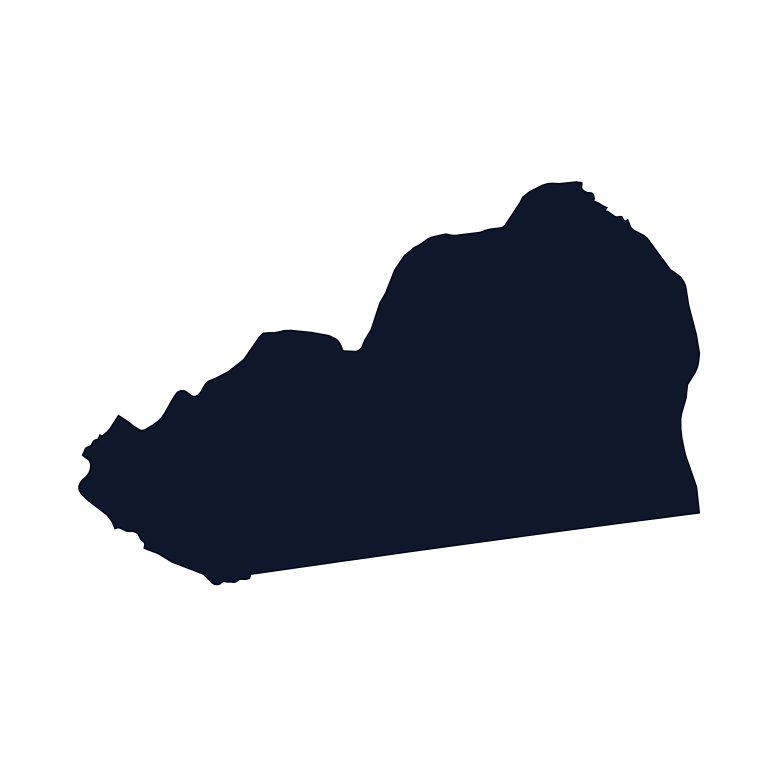 Cunene, orthographic projection, rotated 352°
{"feature_id": "AGO-1889", "entity_name": "Cunene", "entity_type": "Province", "adm_level": 1, "iso_a3": "AGO", "parent_name": "Angola", "parent_adm1": "", "projection": "orthographic", "projection_center": [15.075, -16.287], "detail": "fine", "context": "isolated", "style": "filled", "palette": "ink", "viewbox_px": 768, "rotation_deg": 352, "n_neighbors": 0, "source": "natural_earth", "source_scale": "10m", "svg_char_len": 2785}
<svg xmlns="http://www.w3.org/2000/svg" viewBox="0 0 768 768"><g transform="rotate(352 384 384)"><path d="M191.8,559.5L188.4,558.8L186.2,557.1L179.4,548.0L177.5,546.4L163.6,538.7L149.4,530.8L136.4,520.2L123.7,513.3L125.1,508.9L123.8,506.3L121.7,504.3L119.7,498.2L117.4,496.1L114.4,494.8L110.8,494.4L108.2,493.6L102.9,490.0L100.2,489.1L97.6,489.8L95.6,482.3L91.4,474.9L75.3,458.6L69.0,450.7L67.4,446.6L67.7,442.7L69.6,439.5L72.5,436.7L75.7,434.8L78.9,431.8L81.3,428.0L82.5,423.0L81.9,419.6L81.0,417.8L79.9,416.8L78.5,415.6L75.6,412.5L77.9,409.0L78.9,407.2L79.3,406.5L80.0,406.0L80.9,405.5L82.6,405.2L84.0,404.8L85.4,404.2L88.2,400.5L89.1,399.8L90.8,399.2L91.8,399.1L92.8,398.9L93.7,398.3L95.6,395.0L96.1,395.3L96.5,395.9L97.0,396.3L97.6,396.3L98.4,396.0L103.2,393.0L107.1,389.6L116.7,378.3L126.2,386.7L129.7,390.6L136.8,396.4L140.3,396.3L149.2,392.7L154.9,389.7L159.0,386.5L162.3,383.1L173.8,368.1L178.0,363.6L182.1,362.3L185.7,363.2L188.7,365.8L191.1,368.4L193.4,369.9L195.4,370.2L198.2,369.3L201.3,366.8L206.2,360.4L208.7,357.9L211.0,356.7L218.0,355.1L231.3,350.3L246.7,341.5L249.5,339.4L267.1,320.3L268.9,318.8L271.7,317.0L278.4,317.4L281.8,318.0L288.7,317.8L292.3,317.3L299.2,318.0L319.6,323.0L336.2,328.5L342.6,332.9L344.6,335.3L346.3,338.9L348.0,345.6L361.0,348.0L364.1,347.1L367.1,345.0L371.1,338.0L378.9,328.4L391.3,303.2L398.3,294.3L410.4,272.8L422.4,259.5L433.3,253.0L437.5,251.7L448.0,246.4L452.3,245.3L464.7,244.2L466.5,244.3L471.5,246.1L475.0,246.9L500.4,247.3L506.4,245.9L511.2,245.5L522.7,245.7L526.0,243.8L544.1,223.2L547.5,218.3L554.9,214.0L568.4,209.3L573.7,208.5L578.4,208.7L585.6,210.1L602.8,210.7L604.5,211.4L606.4,211.7L607.8,212.3L607.8,213.7L607.2,215.5L606.8,217.4L607.5,219.2L609.3,221.1L611.5,222.6L616.4,223.9L617.5,225.4L618.1,229.6L617.2,231.5L617.2,232.5L618.6,232.9L622.6,235.5L624.1,237.0L627.8,239.6L629.2,240.4L628.5,241.1L627.8,242.0L627.2,242.5L627.1,243.4L628.8,244.0L630.1,244.8L635.6,250.1L637.0,251.0L638.6,251.1L641.8,251.1L643.0,251.8L644.3,255.3L645.3,256.5L646.1,256.3L647.4,255.8L648.1,255.4L650.0,262.9L650.8,264.3L652.6,266.5L660.8,272.3L664.7,276.0L683.5,310.8L690.4,317.1L692.8,319.9L695.1,324.6L696.3,329.3L696.6,348.8L700.1,378.7L700.6,397.5L698.3,406.7L696.5,411.1L693.8,415.6L684.3,427.0L681.2,439.8L674.6,454.5L672.9,459.8L671.6,469.9L671.4,480.0L672.5,495.7L679.1,529.4L678.3,555.4L678.3,555.5L653.3,555.2L615.5,554.8L577.6,554.5L539.8,554.2L502.0,554.0L464.1,553.9L426.3,553.7L424.6,553.7L388.4,553.6L350.6,553.6L312.7,553.6L274.9,553.7L237.0,553.8L227.0,553.8L226.9,553.8L225.2,553.8L225.1,554.6L223.7,557.7L220.5,558.2L214.0,557.2L212.9,557.5L210.6,558.9L209.0,559.4L207.3,559.4L204.9,558.7L201.7,558.3L199.0,557.4L197.3,557.2L196.0,557.6L193.6,559.1L191.8,559.5Z" fill="#0f172a" stroke="#020617" stroke-width="1.5"/></g></svg>